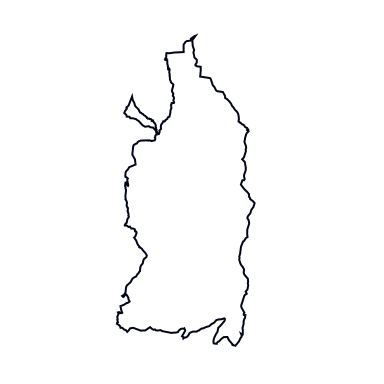 outline of Uricani, Hunedoara, Romania, rotated 105°
{"feature_id": "2599482B26293441607142", "entity_name": "Uricani", "entity_type": "district", "adm_level": 2, "iso_a3": "ROU", "parent_name": "Romania", "parent_adm1": "Hunedoara", "projection": "natural_earth1", "projection_center": [23.022, 45.316], "detail": "fine", "context": "isolated", "style": "outline", "palette": "ink", "viewbox_px": 384, "rotation_deg": 105, "n_neighbors": 0, "source": "geoboundaries", "source_scale": "gbopen_adm2", "svg_char_len": 6092}
<svg xmlns="http://www.w3.org/2000/svg" viewBox="0 0 384 384"><g transform="rotate(105 192 192)"><path d="M239.6,247.9L241.5,248.4L241.8,248.1L241.3,246.6L242.2,244.0L241.5,243.0L243.0,241.3L242.5,239.3L242.9,237.5L244.5,237.0L244.9,236.5L244.7,235.6L246.0,234.9L249.7,235.3L251.0,236.1L253.4,233.3L256.9,230.8L258.6,228.2L259.1,228.4L259.2,227.1L259.9,225.6L261.2,224.1L262.9,221.4L264.4,219.7L265.1,219.2L266.8,219.3L268.9,220.9L270.6,221.3L273.8,221.1L276.1,222.2L278.3,222.4L282.0,221.8L282.4,222.2L284.4,222.7L285.6,223.5L288.0,224.1L289.3,225.6L291.0,227.0L295.2,228.1L299.3,230.8L301.3,231.0L305.7,230.3L307.0,230.4L308.8,231.1L310.5,232.6L311.2,231.3L310.5,230.6L309.8,230.6L309.0,230.0L307.0,230.0L307.4,229.9L308.9,227.8L310.6,226.2L312.4,225.4L313.8,223.9L314.3,224.0L315.8,225.5L316.2,226.4L318.6,228.6L320.8,231.6L325.0,229.4L326.7,228.1L327.1,228.4L327.5,229.5L327.4,230.1L326.9,230.9L326.9,231.5L327.5,232.4L328.8,231.4L332.0,231.9L334.2,230.8L334.8,231.1L336.9,229.8L337.7,230.5L338.8,230.4L339.2,228.8L340.0,227.0L341.7,225.9L341.2,224.6L341.6,223.3L342.4,222.2L342.6,220.0L343.9,218.4L341.7,217.1L339.8,216.6L338.4,213.7L339.2,205.5L338.5,203.7L337.9,201.4L333.4,197.5L334.8,194.7L335.0,193.3L334.3,192.3L335.0,191.0L334.5,188.7L333.5,186.5L334.1,184.8L333.4,175.2L332.4,172.8L332.0,171.2L331.0,169.4L329.3,168.9L327.2,167.4L326.4,166.0L326.3,164.6L325.7,164.1L327.2,162.9L328.0,162.7L333.9,164.3L334.4,162.6L335.2,162.6L335.7,162.4L334.7,161.7L333.6,159.6L331.6,158.5L328.9,157.8L328.3,157.3L326.6,155.0L325.6,151.2L324.8,150.8L324.0,149.4L323.5,149.2L321.5,147.5L321.0,146.2L318.5,143.0L317.1,140.6L314.7,139.1L312.5,136.8L309.4,135.3L308.0,132.9L307.9,132.1L306.9,129.9L305.7,128.2L306.1,127.3L308.0,127.2L313.4,129.7L316.4,131.5L320.3,131.2L323.3,132.1L327.0,132.8L329.8,132.8L331.6,132.4L332.6,131.8L332.4,129.7L332.0,129.3L332.1,128.8L331.3,128.8L330.0,128.2L329.4,127.3L326.4,125.7L323.9,123.7L322.9,120.3L325.7,117.8L328.6,113.4L329.1,113.5L329.4,112.7L329.1,112.5L329.3,110.3L324.2,108.0L320.4,107.3L318.8,106.6L317.8,106.8L316.3,107.9L316.8,106.6L316.8,106.2L316.5,106.1L312.0,107.2L310.4,108.0L305.9,108.0L303.5,108.7L300.9,108.6L299.9,108.2L297.5,108.5L297.1,108.6L297.5,109.2L297.3,110.2L295.9,110.5L295.0,110.2L290.7,114.4L289.0,115.1L278.6,114.6L277.4,114.0L276.1,112.8L274.3,114.4L271.8,113.2L267.3,113.6L265.8,114.5L264.4,114.5L261.3,115.6L258.2,120.1L256.5,121.2L253.3,121.7L251.5,123.4L249.6,125.8L248.1,127.1L245.1,128.9L244.0,128.9L242.0,129.6L239.0,129.6L232.1,130.5L227.7,130.0L226.6,129.8L225.9,129.1L222.8,128.1L222.0,127.6L221.2,126.7L218.1,127.9L213.8,128.9L207.9,128.6L206.5,129.0L204.2,130.3L203.1,131.7L201.3,131.9L197.5,130.2L193.8,130.0L190.5,128.8L186.8,128.6L185.9,129.2L185.8,130.0L185.1,130.7L183.7,134.1L182.6,134.5L182.1,135.5L179.3,136.4L177.8,138.5L175.4,142.7L172.2,146.7L167.7,146.4L167.1,144.7L165.7,144.5L163.5,145.8L161.7,146.1L157.5,145.7L154.9,146.2L149.3,148.8L147.4,152.0L145.0,150.8L138.5,150.5L137.0,151.2L135.3,151.1L133.8,151.7L130.1,154.3L126.0,154.7L122.1,154.6L120.8,154.3L118.8,153.1L118.5,153.4L118.3,154.1L118.0,153.9L117.8,154.5L117.5,154.2L117.3,154.5L116.9,154.2L116.6,155.0L115.9,155.3L115.6,157.1L115.2,157.9L114.1,158.9L113.7,160.1L113.7,161.0L112.6,163.0L112.7,163.4L111.9,164.6L111.9,165.2L110.9,165.5L109.6,165.5L106.6,166.6L104.5,167.7L102.8,169.4L101.2,172.2L99.6,173.8L98.4,175.7L96.8,176.9L95.1,179.0L93.3,182.0L92.6,184.3L90.6,185.0L87.4,188.1L88.1,193.6L87.4,195.3L84.7,197.6L83.7,199.4L78.2,203.0L77.3,204.1L78.4,214.0L72.9,214.9L68.8,216.0L69.3,219.6L68.8,221.4L68.1,221.7L65.8,220.9L63.3,221.5L62.8,221.9L61.5,224.4L56.7,226.8L55.1,226.7L54.1,226.8L51.1,228.9L45.4,231.0L40.1,229.0L40.8,229.9L44.2,232.8L45.6,232.2L46.1,232.5L47.7,236.3L49.0,237.3L50.3,237.6L51.6,238.3L59.0,236.3L62.0,245.6L63.5,248.9L64.3,251.6L64.3,252.6L64.7,252.7L69.9,251.5L69.9,252.3L70.4,252.4L70.4,251.6L71.7,252.7L71.1,251.4L71.4,250.8L71.2,250.0L74.8,248.9L77.1,247.6L77.5,247.7L78.3,246.9L79.1,247.1L79.8,246.8L79.9,246.5L78.9,245.8L79.2,245.4L82.5,244.9L84.6,243.8L85.6,243.8L86.2,243.3L88.9,242.5L91.6,240.5L92.0,240.0L92.2,239.0L93.1,237.8L94.3,237.8L94.9,237.5L96.5,237.7L99.4,237.6L100.4,237.0L101.8,235.5L104.1,235.4L104.7,234.5L105.8,233.8L106.5,233.6L108.1,233.8L110.3,232.4L110.8,232.6L110.9,233.4L111.4,234.7L112.1,234.5L113.3,234.8L116.4,233.6L118.6,233.9L121.4,233.4L125.1,233.3L126.2,234.7L127.6,234.7L129.5,236.3L130.8,236.6L131.2,237.2L131.1,238.0L133.8,238.6L134.7,239.2L137.2,239.0L139.0,238.2L141.1,239.4L142.4,238.8L144.6,239.0L145.1,239.9L144.4,240.0L142.5,241.8L141.6,242.4L140.8,242.4L140.2,243.2L139.3,243.3L138.2,244.1L136.9,244.3L135.3,245.6L135.1,246.3L134.6,246.6L133.9,247.9L133.0,248.1L133.1,248.9L133.6,249.4L132.6,249.8L132.3,250.3L132.2,251.1L132.5,251.8L132.1,252.6L132.5,253.0L132.6,253.8L132.3,254.5L131.4,255.1L131.4,255.6L130.6,256.8L130.3,258.3L129.4,259.6L129.4,260.4L128.7,261.5L128.7,262.6L126.9,264.4L126.2,264.8L123.6,269.2L120.3,271.2L119.5,272.2L117.5,273.6L115.3,274.6L124.7,275.6L126.3,276.4L126.9,277.1L127.7,277.2L128.1,276.6L128.7,276.6L130.9,277.6L133.2,277.9L134.6,275.3L136.1,274.6L135.5,271.9L136.7,270.8L136.1,268.0L136.1,264.9L136.6,264.0L137.2,261.9L140.4,256.9L141.1,254.2L139.6,250.7L140.2,249.1L139.9,246.0L141.1,244.5L141.8,243.1L144.9,241.2L147.2,242.0L148.3,241.7L149.0,242.0L150.3,241.1L151.7,241.3L153.3,244.5L153.0,245.0L153.2,245.7L153.1,246.8L153.7,247.4L153.7,248.6L155.6,254.8L156.7,256.4L157.7,257.3L159.5,257.9L160.2,259.2L161.3,259.8L161.6,260.4L163.4,260.6L171.4,259.3L175.3,255.5L180.1,253.6L184.3,259.1L186.4,259.6L189.1,261.0L190.1,261.2L191.5,261.0L194.1,260.5L194.7,260.1L194.6,259.5L195.5,257.5L196.3,257.8L198.0,257.3L202.0,255.3L202.6,255.4L202.2,256.3L200.3,257.8L199.9,258.3L200.1,258.7L203.5,258.2L204.9,257.2L205.6,257.2L207.3,256.2L213.5,255.2L215.8,254.3L216.3,254.4L217.0,253.5L218.9,252.1L221.9,251.6L223.3,250.8L223.7,250.0L224.4,249.9L224.9,249.4L226.9,249.4L227.3,248.9L228.4,248.6L228.7,248.1L230.5,247.3L231.3,247.4L232.4,246.5L235.0,247.4L238.7,247.1L239.6,247.9Z" fill="none" stroke="#020617" stroke-width="2"/></g></svg>